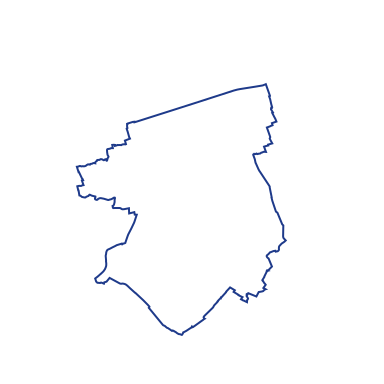 the district of Teylingen, Zuid-Holland, Netherlands, rotated 30°
{"feature_id": "6326949B97280521048387", "entity_name": "Teylingen", "entity_type": "district", "adm_level": 2, "iso_a3": "NLD", "parent_name": "Netherlands", "parent_adm1": "Zuid-Holland", "projection": "albers", "projection_center": [4.511, 52.217], "detail": "fine", "context": "isolated", "style": "outline", "palette": "blue", "viewbox_px": 384, "rotation_deg": 30, "n_neighbors": 0, "source": "geoboundaries", "source_scale": "gbopen_adm2", "svg_char_len": 5853}
<svg xmlns="http://www.w3.org/2000/svg" viewBox="0 0 384 384"><g transform="rotate(30 192 192)"><path d="M287.8,175.3L286.3,174.9L276.3,167.2L274.5,167.0L265.9,159.4L263.6,157.0L263.7,156.8L257.0,149.2L256.7,148.6L256.2,148.2L240.6,140.4L240.1,140.2L238.4,139.2L232.5,134.9L232.4,134.9L230.0,132.2L226.4,129.2L226.3,128.9L226.4,128.7L226.6,128.2L226.7,127.9L227.3,127.9L227.6,127.7L228.0,127.4L228.5,126.6L228.7,126.4L228.9,126.4L229.4,126.6L229.8,126.4L230.7,125.4L231.8,124.6L232.1,123.9L232.3,123.3L232.5,123.1L233.0,122.7L233.9,121.4L234.5,121.0L236.0,120.3L231.7,116.7L233.2,115.1L234.8,113.6L234.2,112.9L237.2,109.8L234.4,108.1L232.6,106.9L232.5,106.7L232.4,105.6L232.2,105.2L224.6,98.7L226.7,96.2L227.1,95.5L228.4,93.9L226.8,92.4L229.9,88.8L227.6,87.0L225.8,85.9L224.1,84.8L221.9,83.4L222.4,82.7L219.1,80.9L219.0,80.7L218.6,79.9L219.1,79.5L218.6,78.8L218.9,78.4L216.9,76.5L213.2,72.5L211.2,70.8L211.4,70.7L211.5,70.4L211.5,69.8L202.0,61.7L200.1,64.2L199.3,64.9L194.2,69.1L182.2,78.8L180.0,80.7L177.4,83.3L149.9,113.7L134.8,130.3L107.9,159.8L107.2,160.5L107.1,160.4L107.0,160.2L106.9,160.0L105.7,160.9L102.1,164.8L102.3,165.2L102.3,165.3L102.2,165.4L101.8,165.6L103.1,167.8L104.1,168.9L103.8,169.5L103.7,169.7L103.7,169.8L106.2,172.0L110.4,176.1L111.2,176.5L111.6,176.8L108.2,181.0L110.9,183.6L110.5,184.1L109.5,184.5L108.1,185.5L107.8,185.8L107.5,186.5L107.4,186.7L106.0,187.4L104.9,188.1L104.0,188.5L103.6,189.2L102.8,190.0L102.3,190.5L101.9,189.7L100.7,190.2L99.4,191.1L101.5,193.6L100.1,194.4L99.1,195.7L97.6,196.9L97.3,197.3L97.3,197.5L97.3,197.8L97.5,198.3L98.7,200.1L99.6,201.2L100.2,202.0L101.7,202.9L102.0,203.1L102.1,203.3L102.1,203.9L102.1,204.8L102.1,205.2L102.2,205.5L102.5,206.3L102.6,206.7L102.7,207.3L102.6,207.5L102.4,207.6L101.3,206.7L101.1,206.6L100.4,207.2L100.3,207.4L100.3,208.0L99.7,208.6L99.4,208.7L98.4,208.6L97.4,208.8L96.9,209.0L96.3,209.4L96.0,210.2L95.9,210.4L94.4,211.3L93.9,211.8L93.9,212.1L94.1,212.5L93.6,213.6L93.4,214.5L93.4,214.8L93.9,215.5L92.6,215.9L92.0,216.4L91.2,217.6L90.1,218.4L89.6,219.3L89.4,219.4L89.5,219.5L88.1,220.1L87.4,221.2L87.0,222.3L86.5,223.0L86.0,223.5L85.2,224.0L84.6,224.2L83.3,225.2L82.5,225.3L81.9,225.5L81.6,225.8L80.6,227.0L79.7,227.7L83.7,231.4L83.9,231.1L90.3,235.5L90.6,235.4L91.7,236.2L91.4,236.4L90.9,237.1L94.6,240.3L94.1,240.7L93.6,241.1L93.1,242.0L92.8,242.2L92.6,242.4L91.4,243.0L90.8,243.4L89.8,244.4L92.7,247.5L93.0,247.4L96.2,251.3L97.3,251.0L99.1,251.3L100.1,251.0L101.6,250.5L102.2,250.2L102.5,249.9L102.9,248.9L104.1,247.4L104.3,247.2L104.4,246.3L104.6,245.6L105.1,245.4L106.8,245.3L108.4,244.9L110.6,244.2L110.8,244.4L110.9,244.7L111.0,245.0L111.1,245.9L111.4,246.4L111.8,246.7L112.1,246.7L112.5,246.7L113.3,246.5L113.5,246.4L113.9,246.0L114.0,245.8L114.2,244.8L115.2,243.5L116.1,242.9L119.0,241.9L123.3,240.9L123.9,240.5L124.2,240.0L125.5,238.8L126.5,237.4L127.0,236.2L127.6,235.7L127.9,235.5L128.2,235.6L128.4,235.9L128.9,237.5L130.0,239.4L130.6,241.4L130.7,241.8L130.7,243.2L130.6,243.3L130.2,243.8L131.3,245.1L131.8,245.3L134.6,243.6L137.4,242.0L138.1,241.8L138.9,241.8L139.2,241.9L139.7,241.9L140.5,241.7L141.7,240.9L145.5,237.6L148.1,241.7L148.3,242.0L152.1,238.3L153.7,240.2L155.5,239.3L157.0,246.4L157.2,247.6L157.7,253.9L158.0,260.4L158.1,261.2L158.3,262.4L159.1,266.6L159.7,269.5L159.5,269.8L159.2,270.2L158.3,271.0L157.7,272.2L157.0,271.8L153.3,275.8L152.7,276.9L150.8,279.7L149.5,281.8L148.0,283.9L147.7,284.6L147.6,285.3L147.7,286.1L147.9,287.1L148.6,288.7L149.0,290.0L149.2,290.5L149.9,291.5L151.5,293.8L152.0,294.6L152.1,294.9L153.4,296.6L154.3,298.2L154.7,299.2L155.0,300.6L155.2,302.6L155.1,303.4L155.0,304.8L154.5,306.7L152.6,312.4L151.4,315.3L153.8,317.5L155.4,317.9L158.0,316.7L158.5,315.9L159.8,315.6L161.3,315.5L161.6,315.4L161.2,314.1L162.6,312.6L162.8,312.4L163.6,307.6L175.3,307.3L176.0,307.1L176.5,306.9L177.5,306.1L178.7,305.6L179.9,305.3L180.8,305.2L181.8,305.3L183.0,305.5L186.3,306.3L191.9,307.5L193.4,307.8L193.5,307.7L203.9,310.1L210.1,311.8L212.5,312.6L212.6,313.1L212.5,313.9L233.3,321.7L233.8,321.8L235.0,321.6L235.4,321.6L238.0,322.1L238.3,322.1L239.3,321.9L240.0,322.0L240.8,322.0L244.2,322.3L244.3,322.2L244.5,321.6L245.8,321.4L246.6,321.6L247.3,321.4L247.6,321.4L249.7,321.7L251.5,321.7L252.9,321.1L254.5,320.9L254.8,320.6L254.8,318.3L254.6,318.1L254.6,317.9L255.0,317.5L256.5,315.1L258.7,310.7L259.5,309.4L259.2,309.0L259.2,308.8L259.2,308.5L260.1,308.8L260.5,308.3L260.5,308.2L261.2,306.8L264.6,299.2L265.4,297.5L266.0,295.9L266.3,295.4L265.8,295.4L264.7,294.7L264.6,294.3L264.7,293.1L268.0,281.3L267.9,280.8L267.9,279.0L268.2,277.8L268.5,276.5L268.7,275.8L268.8,275.4L269.0,274.3L268.8,274.3L268.8,274.1L269.0,272.8L269.8,269.7L269.8,269.4L270.0,269.4L269.8,268.9L270.1,268.8L271.6,261.7L271.4,261.3L272.7,255.6L278.2,255.7L278.0,257.7L282.7,257.8L283.7,257.8L283.8,258.1L286.1,258.0L288.3,257.8L288.1,260.4L289.6,260.3L290.1,260.4L290.8,260.2L294.7,259.9L294.4,259.3L293.9,258.5L293.8,257.9L294.0,257.2L293.9,256.8L293.7,256.1L291.3,254.8L291.3,254.1L290.9,254.0L290.6,253.5L290.5,253.2L291.3,253.1L291.3,251.5L300.0,250.3L299.8,245.3L302.5,243.0L303.2,242.2L303.5,240.9L304.2,239.5L304.3,239.4L301.8,239.4L302.2,235.5L301.1,235.0L299.8,234.6L297.8,233.4L297.6,233.4L297.5,233.5L297.0,233.2L297.1,229.3L296.9,229.1L296.5,222.8L296.7,222.6L296.2,222.7L296.2,222.2L296.4,222.1L296.9,221.9L297.1,222.0L298.5,216.6L291.6,211.3L290.8,211.2L289.9,211.0L289.5,210.8L288.9,210.4L288.7,210.1L288.6,209.9L288.6,209.5L288.6,209.3L288.8,208.7L289.2,207.8L289.6,206.0L289.8,205.1L290.3,204.7L292.1,202.4L293.1,201.6L293.6,201.2L294.3,201.8L295.8,200.5L295.9,200.3L296.1,199.8L296.2,199.1L296.2,198.6L296.1,198.4L295.2,197.0L294.8,196.0L294.7,195.7L294.7,195.0L295.3,192.4L295.5,191.7L296.4,189.9L296.9,188.8L297.4,187.1L294.5,186.2L294.0,185.9L293.5,185.4L293.0,184.7L287.8,175.3Z" fill="none" stroke="#1e3a8a" stroke-width="2"/></g></svg>